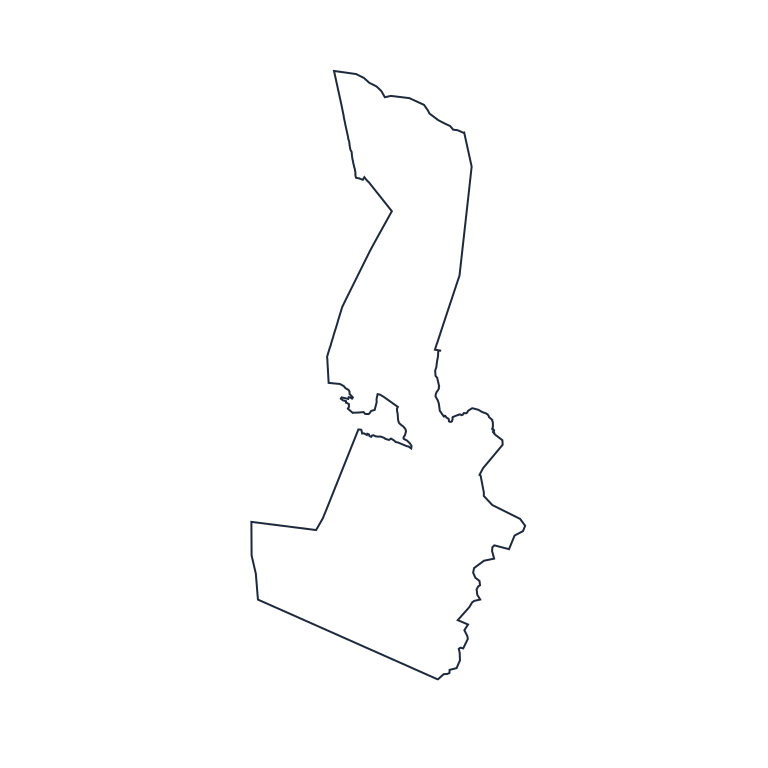 outline of Teotitlán de Flores Magón, Oaxaca, Mexico, rotated 308°
{"feature_id": "50627088B97187962703105", "entity_name": "Teotitlán de Flores Magón", "entity_type": "district", "adm_level": 2, "iso_a3": "MEX", "parent_name": "Mexico", "parent_adm1": "Oaxaca", "projection": "natural_earth1", "projection_center": [-97.095, 18.119], "detail": "fine", "context": "isolated", "style": "outline", "palette": "slate", "viewbox_px": 768, "rotation_deg": 308, "n_neighbors": 0, "source": "geoboundaries", "source_scale": "gbopen_adm2", "svg_char_len": 4822}
<svg xmlns="http://www.w3.org/2000/svg" viewBox="0 0 768 768"><g transform="rotate(308 384 384)"><path d="M409.2,514.9L412.6,511.9L412.5,503.4L412.8,501.1L413.3,501.0L413.5,500.8L413.6,500.3L413.2,499.5L413.3,499.3L413.5,499.3L414.7,499.6L415.1,499.5L415.3,499.2L415.5,498.5L415.5,498.2L414.9,497.5L414.9,497.3L415.4,496.8L415.5,496.8L416.4,496.7L416.5,496.6L416.7,496.3L417.6,495.9L417.9,495.8L418.8,495.0L421.0,493.2L421.2,492.6L421.8,491.7L422.2,491.4L422.3,491.4L422.4,490.5L422.6,487.1L423.3,486.0L423.4,485.9L423.5,485.6L423.8,484.3L423.6,482.4L423.4,481.6L422.8,480.1L422.3,478.3L421.8,474.3L419.4,468.7L419.2,468.5L419.1,468.4L418.4,468.1L414.8,466.8L414.5,466.8L412.6,467.1L411.6,466.8L411.4,466.6L410.2,464.8L408.3,465.0L407.9,464.7L407.1,464.2L407.1,463.1L406.9,462.8L406.3,462.0L405.7,461.9L404.1,460.7L401.6,459.3L400.2,458.5L399.9,458.5L399.4,458.9L398.6,459.7L397.2,460.2L396.4,460.5L395.4,460.1L394.9,459.5L394.6,458.2L395.2,457.6L396.1,456.7L396.3,456.2L396.1,454.7L396.0,454.1L396.6,451.9L396.5,451.7L396.1,451.1L395.9,451.0L395.3,451.3L395.2,451.2L397.3,444.4L398.2,443.5L398.8,442.9L401.6,440.0L401.9,439.7L402.9,438.5L403.7,437.2L404.2,436.5L405.1,434.2L406.0,432.2L407.9,431.0L410.1,430.4L411.5,430.4L412.0,430.4L413.3,430.2L413.8,430.1L414.4,430.0L414.7,429.7L415.0,429.3L415.6,428.9L416.1,428.9L418.7,425.7L420.2,423.8L421.6,422.2L422.1,419.6L422.6,419.2L426.0,416.1L429.7,414.8L431.0,413.9L434.8,411.7L439.2,409.4L442.9,406.8L444.0,406.5L444.2,406.8L444.3,407.0L445.4,408.5L442.4,403.0L445.7,401.8L447.6,401.1L448.4,400.8L448.9,400.7L472.2,392.3L516.0,376.7L583.9,334.9L609.3,319.2L631.5,292.4L630.9,292.0L629.3,285.8L627.0,281.9L628.0,277.3L626.5,270.8L625.3,264.3L625.2,256.9L625.1,253.3L626.4,250.7L628.6,243.8L624.9,228.0L615.3,212.1L610.5,208.1L613.2,201.6L613.9,195.0L612.3,187.0L612.8,179.8L611.1,171.3L605.6,161.7L599.9,151.9L577.5,178.9L576.8,179.7L570.5,187.1L569.8,187.7L569.4,188.2L563.7,194.9L556.0,204.2L555.4,204.6L554.5,206.0L553.8,206.9L553.2,207.8L552.6,208.3L551.5,209.4L551.0,209.8L550.6,210.3L549.8,211.2L548.0,213.2L546.9,215.7L544.9,217.5L543.2,219.2L542.4,220.0L541.1,221.6L539.5,223.4L537.4,226.0L536.2,227.5L535.9,228.2L535.6,228.4L535.3,228.7L534.1,230.0L533.4,231.0L532.5,231.7L532.3,231.8L531.4,232.6L531.2,232.6L530.1,233.9L529.3,235.0L529.8,236.1L530.7,237.7L531.2,239.5L531.9,241.6L533.2,241.4L534.9,241.2L534.2,243.7L533.8,246.2L533.5,248.8L533.4,249.0L533.2,249.6L525.0,283.8L490.3,289.3L480.3,291.0L448.1,297.6L434.5,300.4L430.5,301.2L419.3,303.6L417.9,304.1L416.4,304.6L415.1,305.2L412.3,306.2L406.9,308.3L405.5,308.8L404.2,309.4L402.9,309.9L401.6,310.4L400.3,310.9L399.0,311.4L397.7,311.9L396.3,312.4L392.1,314.0L388.9,315.3L385.9,316.4L383.7,317.3L381.9,318.1L380.3,318.6L378.8,319.1L377.1,319.8L375.5,320.4L374.7,320.7L370.6,322.3L369.8,323.0L367.5,325.1L365.1,327.1L363.7,328.4L362.4,329.5L361.1,330.7L359.9,331.7L358.8,332.7L358.0,333.4L356.8,334.4L356.5,334.7L354.3,336.6L350.8,339.7L356.9,349.3L357.6,353.8L357.2,355.0L357.0,356.5L357.3,358.1L357.5,359.8L356.8,361.5L354.9,363.0L354.3,367.7L354.2,367.8L352.8,367.8L352.6,365.6L351.9,364.3L350.2,365.0L347.4,358.9L346.0,358.9L345.8,359.0L345.9,361.9L347.1,364.6L345.9,365.6L346.2,366.2L346.5,368.8L345.2,369.8L344.9,370.1L344.5,370.4L342.3,370.7L342.0,377.2L342.5,377.5L345.8,381.5L349.3,385.2L348.8,387.5L350.7,390.2L351.5,390.6L355.0,390.5L356.7,391.8L357.8,392.6L362.2,390.7L365.2,389.4L366.3,388.4L367.7,387.3L372.1,385.2L373.2,387.5L373.6,391.0L373.7,391.6L374.5,409.1L372.5,409.4L370.4,411.3L369.2,412.8L364.2,417.4L362.6,419.7L362.4,421.0L362.3,423.9L362.4,425.3L362.4,425.6L362.1,426.6L361.7,428.4L361.6,428.8L360.2,430.5L357.8,431.5L356.4,432.1L355.2,432.0L353.5,432.5L352.9,433.3L353.2,434.7L353.6,437.0L353.5,437.9L353.4,438.8L353.2,440.9L352.2,443.8L350.0,445.1L349.8,441.7L349.1,440.5L346.7,431.7L346.3,430.6L345.5,428.9L345.7,426.7L345.3,423.1L343.0,422.4L341.6,418.8L341.7,417.5L340.5,413.7L339.1,412.0L337.6,409.6L337.1,407.2L336.0,406.3L334.5,406.4L334.2,405.5L334.1,404.4L335.0,403.2L334.5,401.5L333.3,401.9L332.8,398.6L331.5,397.3L333.8,394.6L333.7,393.7L332.4,391.8L249.0,416.1L243.2,417.7L240.5,418.5L227.1,420.4L193.7,364.4L167.4,385.2L155.6,399.8L136.5,417.4L184.1,607.4L184.5,608.3L192.1,609.7L194.5,612.4L196.6,613.5L199.1,611.7L204.8,616.1L213.0,614.0L218.9,609.0L221.3,606.0L223.3,606.6L224.4,609.2L234.7,607.0L236.6,604.9L239.5,598.9L246.2,598.3L243.3,587.5L260.8,588.6L266.2,587.9L268.6,588.6L273.4,592.5L275.3,587.3L279.2,583.4L282.6,582.9L284.5,583.6L287.6,580.5L287.6,575.2L290.2,570.4L294.4,568.3L306.3,571.6L314.2,578.3L318.9,572.0L322.1,569.9L324.8,570.3L330.8,584.2L345.0,580.2L353.6,584.1L359.2,582.5L361.5,574.3L355.3,544.0L357.2,531.6L360.2,529.3L360.2,529.2L371.3,516.5L371.2,515.2L378.8,513.9L409.2,514.9Z" fill="none" stroke="#1e293b" stroke-width="2"/></g></svg>